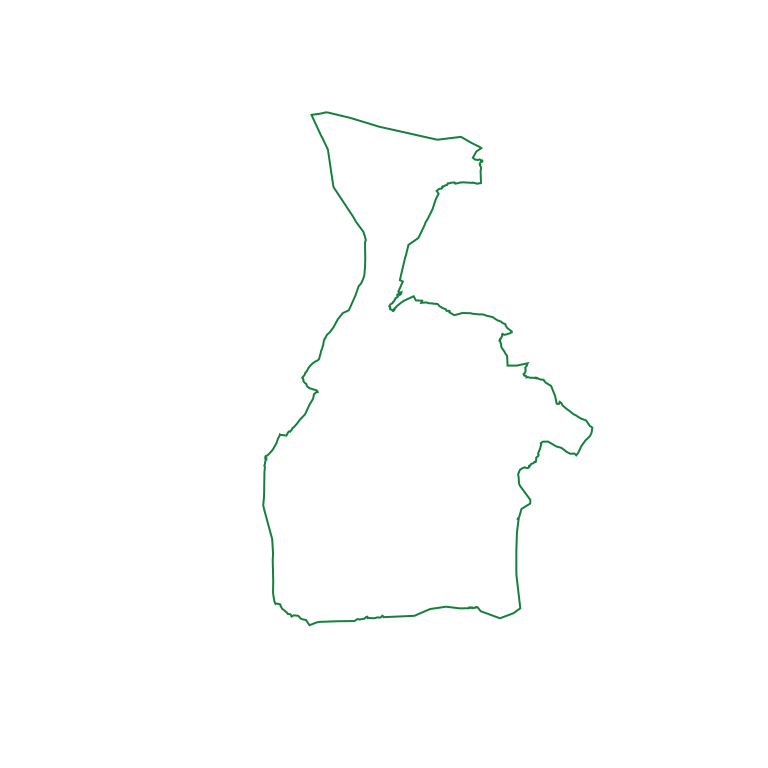 the district of Nord-Aurdal nor, Oppland, Norway, rotated 325°
{"feature_id": "86288312B2745383229775", "entity_name": "Nord-Aurdal nor", "entity_type": "district", "adm_level": 2, "iso_a3": "NOR", "parent_name": "Norway", "parent_adm1": "Oppland", "projection": "albers", "projection_center": [9.398, 61.004], "detail": "fine", "context": "isolated", "style": "outline", "palette": "green", "viewbox_px": 768, "rotation_deg": 325, "n_neighbors": 0, "source": "geoboundaries", "source_scale": "gbopen_adm2", "svg_char_len": 6142}
<svg xmlns="http://www.w3.org/2000/svg" viewBox="0 0 768 768"><g transform="rotate(325 384 384)"><path d="M367.0,645.9L382.7,616.8L384.7,613.7L396.7,596.6L407.5,582.2L416.5,572.2L415.9,571.5L416.5,570.8L417.0,571.0L417.3,571.4L425.0,565.2L435.2,565.8L437.4,562.8L437.0,546.1L437.1,544.3L437.9,542.3L440.8,537.7L441.6,535.8L442.3,534.7L446.1,532.3L449.1,532.4L451.3,532.9L453.0,535.0L454.3,535.5L455.4,535.3L455.4,534.8L455.7,534.4L456.2,534.9L457.0,534.3L457.7,534.4L458.8,533.8L461.0,534.6L462.5,534.1L463.2,534.9L463.6,534.9L464.3,534.1L464.8,533.9L466.5,531.6L469.1,531.4L470.1,530.7L470.1,529.6L470.4,529.3L474.7,526.5L477.1,524.4L478.1,523.8L478.2,522.7L478.4,522.4L478.8,522.5L480.9,522.3L485.3,525.2L489.4,534.1L492.6,537.9L493.9,541.6L494.6,544.3L496.6,548.0L500.1,550.2L500.6,552.7L503.7,551.7L507.9,549.4L509.3,548.4L516.4,545.8L522.7,544.8L525.2,543.6L526.3,542.7L529.6,539.3L529.1,537.4L528.5,536.6L528.7,530.1L527.9,528.6L525.7,525.6L523.8,521.4L523.6,520.5L522.0,517.6L521.7,516.7L520.6,512.9L519.4,509.4L518.6,506.6L518.0,503.8L518.4,501.8L517.8,499.4L517.4,499.5L517.2,500.2L516.9,500.4L515.8,500.3L515.7,500.5L514.7,500.0L514.2,499.1L517.3,491.9L519.8,481.4L517.2,475.6L517.0,472.7L517.2,472.1L514.6,469.9L514.2,469.2L513.6,468.5L513.3,467.8L513.3,467.4L512.9,466.9L512.6,466.9L512.6,466.6L512.1,466.6L511.9,465.9L511.4,466.0L510.9,465.3L507.1,462.5L506.8,462.0L505.7,460.9L504.4,460.3L504.9,459.5L505.0,458.9L504.7,458.4L503.9,457.9L504.0,457.4L503.8,457.0L504.2,456.3L504.1,455.9L505.8,455.6L507.3,454.7L508.0,453.7L508.1,453.2L508.6,452.9L509.1,451.6L511.6,450.9L512.1,450.3L512.6,450.1L512.7,449.8L513.5,449.4L503.3,445.1L495.8,439.8L501.0,431.5L500.9,428.9L501.2,426.7L501.2,421.6L502.0,419.6L502.9,418.5L502.8,417.7L503.2,417.1L503.6,415.6L503.3,415.1L503.4,414.7L504.0,414.4L504.9,414.4L505.0,414.2L504.8,413.8L505.1,413.5L506.3,413.5L507.4,412.8L508.0,412.7L509.3,411.0L509.9,411.0L509.8,411.6L510.5,412.2L510.7,412.7L513.6,413.9L514.9,414.1L515.7,414.6L516.9,414.8L517.4,414.7L518.3,414.9L518.8,414.4L517.0,408.6L517.2,406.8L517.1,406.3L517.4,405.3L517.6,405.0L517.6,404.4L516.5,402.7L516.0,401.6L515.8,400.2L515.0,399.3L514.6,398.4L513.7,397.3L512.2,393.9L511.6,391.8L506.8,386.4L506.3,385.5L505.1,384.0L503.8,382.8L502.0,381.7L496.4,376.8L495.8,375.9L488.9,370.8L481.1,368.0L478.7,362.8L479.4,362.4L479.6,361.7L477.2,360.0L477.5,358.2L475.3,355.0L475.0,353.8L474.4,353.0L474.1,352.0L473.8,349.3L472.7,348.2L470.4,346.5L469.7,345.5L467.9,344.4L465.3,341.4L462.8,339.8L461.0,338.9L463.0,337.6L458.1,333.8L458.6,329.1L447.3,327.1L439.6,327.5L435.9,328.4L435.7,328.2L435.4,328.3L435.7,328.6L435.4,329.0L435.2,329.0L435.2,328.7L434.7,328.8L434.7,329.3L433.6,329.5L433.4,328.8L433.0,328.8L433.0,327.9L432.7,327.2L431.9,326.4L433.3,324.4L432.9,323.9L432.9,323.4L435.0,322.4L437.3,322.7L438.3,322.0L439.1,322.1L440.8,321.5L441.2,321.0L442.0,320.9L442.7,320.3L444.4,320.6L445.4,320.3L445.1,320.0L446.1,318.4L448.1,318.9L447.8,320.0L448.0,320.1L449.9,319.9L451.0,318.7L449.8,318.4L448.6,317.6L448.9,316.3L450.1,315.8L458.2,310.8L456.6,308.0L473.8,292.6L475.6,291.3L483.8,284.1L495.9,284.1L508.3,277.2L510.8,275.4L514.7,273.7L523.8,268.8L532.6,262.2L537.8,259.5L537.9,256.0L540.7,255.8L541.8,256.1L542.9,256.9L544.4,256.8L544.6,256.6L544.3,256.3L544.4,256.1L544.9,255.7L545.7,255.8L545.8,256.1L546.5,256.5L548.2,256.4L549.8,257.2L550.6,256.9L551.2,256.2L553.7,257.5L554.3,257.5L557.4,259.4L557.5,259.8L557.2,260.2L557.2,260.7L560.1,262.1L562.3,262.7L562.8,263.3L564.4,264.1L571.7,269.9L572.3,269.9L572.8,270.7L573.6,271.3L574.1,272.3L574.7,272.6L574.9,273.1L575.5,273.6L577.0,274.0L577.7,274.7L578.7,275.0L585.4,264.8L587.5,262.7L587.9,261.1L588.0,260.2L588.6,259.8L588.5,258.8L588.7,258.5L590.4,257.7L591.7,258.2L592.4,258.0L592.6,257.5L592.1,257.5L591.6,257.1L591.7,256.8L591.6,256.3L591.8,255.8L591.1,254.8L589.5,254.4L587.3,252.4L586.6,249.6L593.1,246.5L599.0,246.6L598.7,245.4L594.1,237.0L588.8,225.7L567.8,214.5L527.8,170.7L508.8,146.4L494.0,129.7L492.3,128.2L487.1,126.1L479.0,122.0L478.0,127.1L474.9,144.6L474.8,146.3L472.5,159.8L455.6,193.6L454.7,228.4L454.1,235.4L454.4,247.7L453.7,249.5L453.4,251.1L451.6,255.8L449.7,257.1L439.9,271.5L435.3,277.6L430.1,283.8L426.8,286.3L422.6,288.6L419.4,289.3L411.1,295.3L397.5,303.4L390.9,302.3L383.5,304.4L374.8,308.7L369.3,310.5L365.9,310.9L364.4,311.5L362.1,312.8L361.6,312.7L359.1,314.4L357.2,316.6L352.6,320.2L351.2,321.0L349.6,322.6L344.9,326.4L343.4,326.6L340.6,326.2L337.3,326.2L334.5,326.6L331.7,327.4L327.9,329.3L325.6,329.8L324.5,330.9L320.8,331.9L321.0,332.6L320.4,333.3L320.6,333.9L320.5,334.3L319.6,335.4L319.7,337.4L320.4,339.6L320.0,340.3L319.7,342.1L319.9,343.0L320.3,343.5L320.4,344.4L324.3,349.6L325.0,350.3L325.2,350.9L325.2,352.4L325.1,352.6L323.6,351.9L320.7,352.2L318.4,354.6L316.2,356.0L311.5,358.0L301.9,363.6L294.7,365.0L289.9,366.6L285.1,367.7L283.9,367.6L281.8,368.8L280.7,368.8L279.7,369.2L278.8,368.3L277.2,368.8L274.5,370.3L270.2,366.4L269.8,365.7L269.4,366.2L265.9,367.9L261.8,370.9L255.0,374.1L249.8,375.3L246.7,375.6L245.9,375.2L245.3,375.8L245.3,376.0L244.8,375.8L244.5,376.2L244.6,376.3L243.8,377.5L244.5,378.1L242.2,379.4L240.5,381.3L239.1,382.3L239.2,382.7L238.4,384.3L235.9,387.1L225.5,401.4L225.5,401.6L220.5,408.2L215.5,414.1L213.9,417.9L203.5,446.8L195.6,459.7L192.0,464.2L179.8,482.5L173.4,491.3L171.1,495.8L169.6,499.0L169.0,501.9L169.6,501.9L170.8,502.9L172.6,505.0L172.4,505.9L171.8,506.7L171.9,508.0L171.6,509.7L172.6,512.3L172.8,513.9L173.3,515.4L173.4,516.1L173.2,517.0L174.9,518.6L175.3,519.2L175.3,520.0L174.9,521.2L174.9,521.5L177.5,521.8L180.7,524.6L181.0,526.2L181.2,528.3L182.1,529.8L184.7,532.6L184.6,538.8L192.7,540.9L194.6,541.8L209.0,551.1L223.8,561.2L227.6,561.4L228.9,562.9L233.4,565.0L235.7,564.7L236.8,565.0L236.8,565.8L236.4,566.4L238.2,567.5L241.4,570.2L245.2,571.6L246.4,573.0L248.0,573.3L249.7,572.8L250.0,573.5L250.0,574.8L275.9,591.3L292.8,594.8L307.2,602.1L317.3,611.2L325.4,616.7L325.7,616.0L326.8,616.7L328.0,617.6L327.6,618.1L328.1,618.5L330.5,619.6L331.0,619.3L332.0,619.9L332.0,620.3L332.6,620.6L332.9,625.6L344.6,642.4L358.5,646.0L367.0,645.9Z" fill="none" stroke="#15803d" stroke-width="2"/></g></svg>